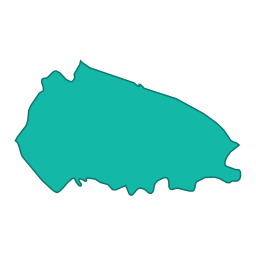 outline of Bari
{"feature_id": "ITA-5403", "entity_name": "Bari", "entity_type": "Province", "adm_level": 1, "iso_a3": "ITA", "parent_name": "Italy", "parent_adm1": "", "projection": "albers", "projection_center": [16.754, 40.964], "detail": "fine", "context": "isolated", "style": "filled", "palette": "teal", "viewbox_px": 256, "rotation_deg": 0, "n_neighbors": 0, "source": "natural_earth", "source_scale": "10m", "svg_char_len": 1899}
<svg xmlns="http://www.w3.org/2000/svg" viewBox="0 0 256 256"><path d="M80.6,60.9L82.5,62.8L89.9,67.9L134.0,82.9L137.9,86.2L139.1,86.2L139.1,84.4L140.3,84.4L144.2,88.4L176.3,98.8L203.6,113.7L217.4,123.8L223.7,130.0L230.9,140.6L233.3,141.9L236.4,142.9L239.2,145.1L230.5,151.9L227.1,156.5L225.4,160.2L225.0,162.2L225.0,164.4L225.5,165.6L226.6,166.3L235.2,169.5L238.1,169.7L239.2,170.0L240.3,171.6L240.6,174.2L240.4,177.0L239.5,179.3L238.0,180.6L236.1,181.1L232.2,181.0L229.6,182.7L226.9,182.6L219.1,178.3L214.1,177.1L205.0,177.5L196.8,181.7L195.7,183.3L194.8,187.8L194.1,189.9L193.0,191.0L189.3,191.0L177.8,188.2L175.3,188.5L172.7,189.4L170.5,189.4L169.0,187.0L168.8,182.0L168.4,179.7L166.9,177.9L165.3,177.6L163.4,177.9L157.7,180.7L155.8,182.6L154.4,185.0L153.4,190.3L152.7,192.1L151.4,193.2L149.5,193.2L148.3,192.6L145.2,189.7L141.8,188.3L140.0,188.1L138.3,188.6L137.0,189.5L132.7,194.6L131.7,195.1L130.6,195.1L129.4,194.3L125.7,185.5L115.6,189.9L112.5,189.6L108.5,185.1L107.9,184.6L106.6,184.1L100.8,182.6L97.0,180.3L96.2,179.6L94.7,179.0L88.3,178.0L86.7,178.4L86.1,179.0L86.3,179.9L86.4,180.7L86.0,181.2L85.0,181.2L81.6,179.2L80.4,178.8L79.2,179.2L78.8,179.9L78.8,180.6L79.2,181.3L80.7,183.2L81.1,183.9L81.3,184.6L81.2,185.5L80.7,186.0L79.7,185.9L78.5,185.1L76.8,183.0L75.5,180.7L75.0,179.2L74.5,178.6L73.8,178.2L72.8,178.5L72.2,178.7L71.6,179.1L67.5,182.7L63.3,187.6L59.8,191.0L58.5,191.9L57.0,192.5L55.2,191.8L52.6,190.1L42.1,180.4L24.4,159.1L22.4,156.7L21.1,153.6L18.9,145.8L18.3,144.2L17.5,142.7L16.7,141.8L15.4,140.8L17.6,136.7L26.0,125.8L27.8,120.7L28.8,110.3L31.0,105.3L39.4,93.1L42.8,91.1L43.5,89.6L43.1,86.5L41.9,82.8L41.6,81.0L42.1,79.3L43.0,78.6L46.6,78.0L48.2,77.0L52.6,72.4L54.2,71.3L56.1,71.0L59.8,72.8L66.1,79.5L69.8,81.4L71.4,81.6L72.4,81.5L73.1,80.7L74.1,79.1L74.7,77.2L74.6,75.9L74.2,74.9L74.3,73.9L79.8,64.5L80.6,60.9Z" fill="#14b8a6" stroke="#0f766e" stroke-width="1.5"/></svg>